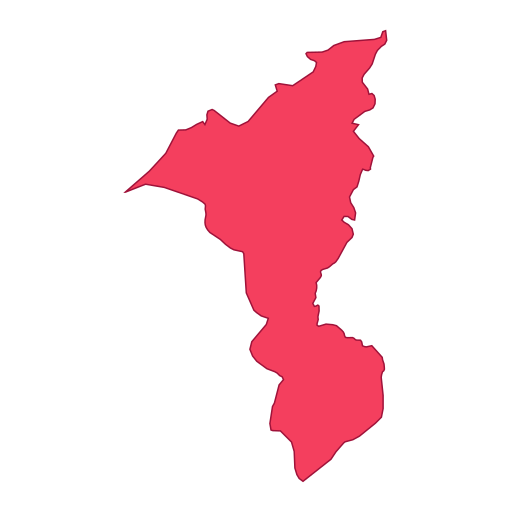 an SVG outline of Cortés
{"feature_id": "HND-647", "entity_name": "Cortés", "entity_type": "Department", "adm_level": 1, "iso_a3": "HND", "parent_name": "Honduras", "parent_adm1": "", "projection": "robinson", "projection_center": [-87.947, 15.362], "detail": "fine", "context": "isolated", "style": "filled", "palette": "rose", "viewbox_px": 512, "rotation_deg": 0, "n_neighbors": 0, "source": "natural_earth", "source_scale": "10m", "svg_char_len": 2640}
<svg xmlns="http://www.w3.org/2000/svg" viewBox="0 0 512 512"><path d="M204.9,124.6L207.2,119.2L206.9,114.8L208.0,111.2L212.1,109.5L214.2,110.5L230.2,123.1L238.8,126.1L248.1,121.5L268.5,97.4L277.2,91.2L275.3,84.9L278.8,83.6L292.7,85.7L313.2,71.9L315.8,66.5L316.5,62.5L314.5,60.7L310.6,59.4L307.4,56.6L306.0,53.7L307.2,52.4L322.1,52.1L328.0,50.1L333.8,45.5L344.2,41.7L374.4,39.4L380.8,37.4L382.8,31.7L385.6,30.7L386.7,40.3L384.8,44.1L381.3,46.4L377.4,50.4L375.4,54.2L372.2,63.9L369.6,68.0L364.1,74.3L362.2,77.9L362.3,82.2L367.6,89.0L369.0,94.3L371.9,93.5L374.1,95.5L375.2,99.2L375.0,103.8L373.0,107.9L369.8,109.9L364.8,111.4L354.1,119.3L352.1,123.2L358.5,124.7L353.4,131.3L359.2,138.6L368.4,146.8L373.7,156.1L372.9,157.4L370.3,167.7L370.5,169.1L368.2,170.6L365.7,170.3L363.6,169.4L362.6,169.2L360.3,174.6L358.8,181.2L357.0,186.9L353.4,189.6L349.5,197.0L350.7,202.7L353.8,207.6L355.6,212.9L354.6,220.0L351.8,219.4L348.0,216.5L344.1,216.4L341.8,220.0L344.2,222.3L348.5,224.8L352.0,228.7L353.3,234.2L352.0,237.5L346.9,242.4L338.2,258.4L335.8,261.8L334.4,263.0L332.7,263.9L329.5,266.7L327.5,268.0L322.8,269.4L321.1,270.4L320.5,271.7L320.7,272.9L321.2,274.3L321.3,275.7L320.3,277.6L316.1,282.6L316.7,285.2L316.7,288.0L316.2,290.8L315.2,293.3L315.9,297.6L312.8,303.4L314.4,306.4L315.7,306.2L317.8,305.1L318.7,305.7L319.0,306.2L319.1,311.0L317.9,316.8L318.2,319.6L317.1,323.5L317.0,325.1L318.7,326.3L326.0,324.1L332.7,324.7L336.5,325.7L341.7,330.2L343.3,332.0L344.2,333.8L344.5,335.5L345.4,337.4L347.4,337.7L352.6,337.6L354.1,338.4L355.4,339.7L356.6,340.1L360.5,340.2L361.7,341.9L362.5,345.8L364.5,346.6L366.3,346.9L371.8,345.7L382.2,357.3L382.6,359.9L384.0,364.0L384.3,367.2L384.4,369.2L383.8,370.7L382.5,371.8L381.6,374.7L381.2,377.3L383.1,395.4L383.1,408.6L381.4,417.2L375.5,423.1L359.5,436.1L352.9,439.7L345.1,441.8L343.7,442.9L336.0,451.7L331.0,459.2L303.0,481.3L299.2,478.5L296.9,474.6L294.9,468.0L294.2,451.4L291.5,442.0L280.4,430.9L272.7,430.6L271.0,430.0L269.9,423.5L272.5,406.5L274.4,403.1L279.1,384.9L283.5,379.6L282.1,376.7L279.7,375.6L277.2,373.1L274.8,371.7L266.9,368.7L256.8,361.3L252.6,356.0L249.9,349.3L251.8,341.7L266.3,324.5L268.3,318.3L261.2,315.9L256.6,312.6L253.9,310.2L246.3,292.9L243.8,253.7L242.6,251.7L233.9,249.8L230.4,248.0L225.6,244.4L220.3,239.4L209.9,232.5L207.6,229.8L206.1,227.3L205.3,225.0L205.0,222.6L205.1,219.8L206.0,215.0L205.9,212.9L205.2,209.1L205.5,205.8L205.1,204.2L202.6,202.0L197.6,198.9L164.3,187.4L145.5,184.2L125.5,192.1L125.3,192.1L149.4,171.1L165.8,153.3L176.4,133.0L178.4,130.1L185.8,129.9L191.4,127.6L196.6,124.4L202.7,121.6L204.9,124.6Z" fill="#f43f5e" stroke="#9f1239" stroke-width="1.5"/></svg>